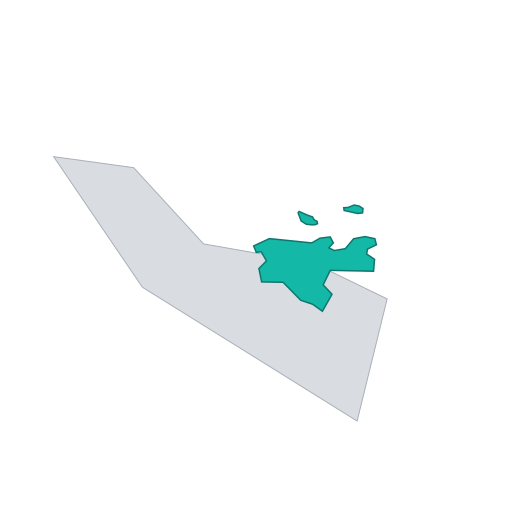 location of Port Glaud within Seychelles, rotated 147°
{"feature_id": "SYC-5218", "entity_name": "Port Glaud", "entity_type": "state/province", "adm_level": 1, "iso_a3": "SYC", "parent_name": "Seychelles", "parent_adm1": "", "projection": "equal_earth", "projection_center": [55.401, -4.652], "detail": "fine", "context": "in_parent", "style": "filled", "palette": "teal", "viewbox_px": 512, "rotation_deg": 147, "n_neighbors": 0, "source": "natural_earth", "source_scale": "10m", "svg_char_len": 978}
<svg xmlns="http://www.w3.org/2000/svg" viewBox="0 0 512 512"><g transform="rotate(147 256 256)"><path d="M368.3,291.7L371.6,449.5L310.5,396.7L293.4,294.7L211.7,218.7L169.4,148.6L261.1,62.5L368.3,291.7Z" fill="#d9dde1" stroke="#a8b0b8" stroke-width="1"/><path d="M252.5,265.7L235.3,263.3L213.4,245.7L202.1,236.6L192.6,236.1L183.4,231.6L184.0,224.8L190.5,223.2L187.3,217.9L177.1,213.5L164.7,217.3L154.0,212.9L146.9,205.8L148.9,199.8L158.7,201.1L162.1,197.4L158.4,188.6L165.7,179.2L201.5,203.5L215.4,195.2L213.1,182.5L230.4,173.5L234.8,184.7L242.6,194.5L247.6,219.2L265.4,231.2L260.4,243.9L249.9,246.2L249.3,256.7L253.8,258.9L252.5,265.7ZM189.2,250.0L191.9,251.5L196.5,255.2L199.1,260.8L197.9,266.1L197.2,269.3L195.6,269.9L190.5,262.1L187.3,258.0L187.5,254.6L185.9,251.8L186.8,249.6L189.2,250.0ZM143.2,234.1L147.6,236.3L153.1,241.9L157.3,246.2L156.1,248.7L152.2,246.5L145.9,245.3L142.2,241.6L140.4,237.5L143.2,234.1Z" fill="#14b8a6" stroke="#0f766e" stroke-width="1.5"/></g></svg>